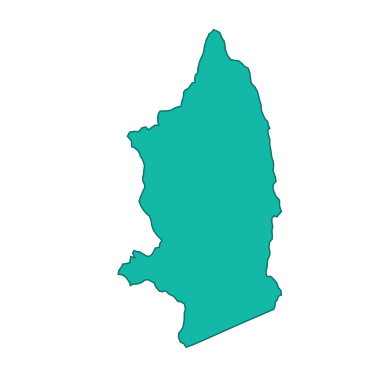 Águas Mornas, Santa Catarina, Brazil, rotated 157°
{"feature_id": "56859067B80537926238149", "entity_name": "Águas Mornas", "entity_type": "district", "adm_level": 2, "iso_a3": "BRA", "parent_name": "Brazil", "parent_adm1": "Santa Catarina", "projection": "equal_earth", "projection_center": [-48.93, -27.746], "detail": "fine", "context": "isolated", "style": "filled", "palette": "teal", "viewbox_px": 384, "rotation_deg": 157, "n_neighbors": 0, "source": "geoboundaries", "source_scale": "gbopen_adm2", "svg_char_len": 2562}
<svg xmlns="http://www.w3.org/2000/svg" viewBox="0 0 384 384"><g transform="rotate(157 192 192)"><path d="M258.2,51.5L250.9,51.0L234.8,51.2L218.8,51.5L196.6,51.9L165.6,52.1L162.6,52.1L160.1,54.8L158.4,58.0L155.9,59.2L153.4,62.3L149.9,62.3L148.7,66.5L149.9,70.2L149.5,75.0L150.5,78.8L152.4,83.4L156.1,85.1L155.7,88.5L153.8,91.5L151.8,94.2L150.5,97.4L148.3,100.6L145.1,103.5L143.6,107.1L142.6,111.6L140.1,115.7L136.7,117.3L135.0,120.7L133.7,125.0L131.2,128.7L130.4,132.7L128.7,136.7L125.8,138.0L123.5,135.9L120.1,137.8L117.3,139.1L116.9,144.9L114.7,150.1L116.4,155.6L116.4,161.1L115.6,165.0L113.5,167.7L110.6,168.8L109.4,173.3L109.2,179.8L106.7,184.0L105.3,188.4L105.1,192.3L103.9,196.8L102.7,201.4L102.0,205.2L99.8,210.2L99.3,215.3L98.1,219.5L95.5,220.3L95.7,223.9L94.9,227.1L96.2,230.9L96.4,234.9L96.3,240.0L94.5,244.9L93.9,250.3L93.1,254.9L92.5,259.1L93.1,264.2L94.9,269.0L94.0,273.2L92.3,279.0L91.9,284.0L94.6,287.1L95.9,291.0L97.9,294.6L101.2,296.3L104.6,298.8L106.0,303.8L105.7,309.9L104.5,313.6L103.5,318.1L104.3,322.3L104.2,327.8L106.3,330.5L108.8,333.0L111.7,331.3L114.6,330.8L116.7,328.7L118.9,327.0L120.9,324.5L122.9,322.1L124.8,319.3L126.5,316.4L129.0,313.7L132.5,310.7L134.8,308.1L138.0,303.8L140.4,299.4L143.4,298.1L145.2,295.2L146.3,292.0L149.3,292.2L152.3,290.4L154.9,288.7L158.1,288.6L160.7,287.1L162.6,282.9L165.9,279.4L168.6,275.2L172.3,275.9L175.5,276.0L179.0,275.4L182.2,276.1L186.6,277.6L189.8,279.0L192.6,276.8L194.5,273.8L195.8,270.5L196.7,266.3L199.8,267.9L203.7,267.2L207.8,266.2L209.3,270.0L212.9,270.5L217.7,268.4L221.5,270.4L226.1,271.4L229.6,268.6L227.8,262.1L229.8,257.4L227.6,255.2L225.9,251.9L225.2,248.6L225.6,245.1L224.8,241.4L225.0,238.0L225.5,234.6L227.4,231.6L229.0,228.3L231.5,224.8L232.9,221.2L232.8,216.6L234.4,213.9L236.6,212.2L239.0,209.7L241.9,207.1L244.4,203.8L244.4,198.8L243.9,195.2L242.5,190.3L240.6,186.3L240.7,182.0L242.0,177.3L242.4,171.7L241.1,165.8L238.5,159.3L241.9,156.9L243.7,153.8L247.8,154.7L251.4,151.4L254.9,149.4L258.2,150.1L260.6,153.1L263.6,157.3L266.1,158.8L268.2,160.8L270.5,158.8L270.5,153.9L273.6,156.5L276.9,151.2L280.5,151.8L283.8,152.7L286.9,150.1L290.1,148.3L292.1,145.1L289.3,143.5L286.8,140.9L285.6,137.1L284.9,133.6L285.3,129.9L282.4,130.3L278.3,128.7L273.5,128.4L269.9,129.4L266.5,128.4L262.4,123.2L262.3,118.2L260.7,113.4L258.1,111.7L254.9,111.4L252.8,106.7L249.5,103.0L247.8,96.9L244.5,94.8L242.7,91.7L243.7,87.1L246.6,83.2L249.1,77.3L251.5,73.5L253.1,71.1L255.9,69.0L259.4,67.1L261.2,63.5L261.3,58.5L258.6,55.2L258.2,51.5Z" fill="#14b8a6" stroke="#0f766e" stroke-width="1.5"/></g></svg>